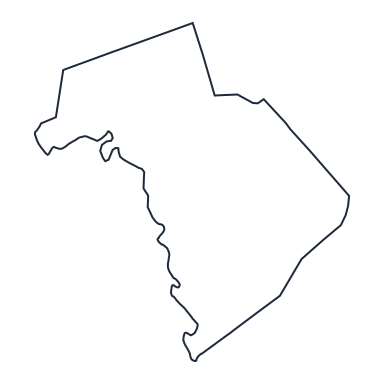 outline of Kaedi, Gorgol, Mauritania
{"feature_id": "47542326B29120201182559", "entity_name": "Kaedi", "entity_type": "district", "adm_level": 2, "iso_a3": "MRT", "parent_name": "Mauritania", "parent_adm1": "Gorgol", "projection": "equal_earth", "projection_center": [-13.341, 16.007], "detail": "fine", "context": "isolated", "style": "outline", "palette": "slate", "viewbox_px": 384, "rotation_deg": 0, "n_neighbors": 0, "source": "geoboundaries", "source_scale": "gbopen_adm2", "svg_char_len": 2684}
<svg xmlns="http://www.w3.org/2000/svg" viewBox="0 0 384 384"><path d="M65.1,69.3L63.2,70.1L55.9,117.2L41.1,123.4L39.5,126.6L36.8,130.5L35.3,131.9L34.9,133.0L35.0,134.5L36.8,139.9L38.6,143.8L40.1,146.0L40.7,146.9L42.5,149.2L44.0,151.1L45.5,153.1L47.7,154.8L48.7,154.0L52.1,148.3L52.9,147.4L54.1,146.9L55.6,147.7L59.8,148.9L61.8,148.7L63.7,147.7L65.5,146.6L67.5,145.0L68.6,144.0L73.2,141.3L75.9,139.8L78.4,138.0L79.8,137.4L84.7,136.2L86.4,136.4L97.3,140.9L101.1,138.8L106.0,134.6L108.1,131.4L108.8,131.4L109.9,132.3L110.7,133.0L111.7,134.3L112.1,135.9L112.7,138.0L111.2,140.7L106.5,141.5L102.0,144.8L100.2,150.8L103.0,158.0L105.3,161.2L108.6,159.7L110.4,155.3L112.6,150.0L115.4,148.0L118.3,148.2L118.4,149.2L118.6,151.1L118.8,152.5L120.1,156.7L123.5,159.5L128.7,162.6L134.0,165.3L136.3,166.5L138.5,167.8L139.5,168.1L141.9,168.9L144.2,172.1L143.8,180.1L143.8,181.5L143.5,188.3L144.9,190.7L145.5,191.5L146.8,193.4L147.7,194.7L148.1,196.2L148.1,198.0L147.7,207.2L150.1,212.1L152.3,217.0L153.6,218.9L155.0,220.8L156.7,222.6L158.7,223.9L160.0,224.3L161.3,224.3L162.8,225.3L164.0,226.9L164.2,228.2L164.3,229.4L164.0,230.5L162.7,232.8L161.1,234.5L159.9,235.9L159.1,236.9L158.9,237.7L157.8,238.6L157.5,239.4L157.9,240.3L159.2,242.5L160.3,243.2L161.6,244.5L162.7,244.6L163.5,245.1L165.3,246.6L167.1,248.2L168.3,250.6L169.0,252.6L169.3,254.6L169.3,255.7L168.9,257.3L168.5,260.8L168.0,263.0L167.9,265.1L167.9,267.1L168.8,270.2L169.7,272.0L171.3,274.5L172.8,277.0L173.6,278.1L174.3,278.3L175.7,279.1L177.0,280.5L178.8,282.6L179.8,284.8L179.4,286.1L178.8,287.1L177.8,287.5L176.6,287.1L174.8,286.2L173.8,285.3L173.2,285.2L172.6,285.2L172.0,285.8L171.5,287.9L171.2,291.0L170.9,292.1L171.1,293.3L171.9,295.5L172.5,296.2L173.2,296.5L173.7,296.6L174.9,298.0L175.6,299.0L176.8,300.5L178.9,302.8L180.2,304.2L181.5,305.3L182.3,306.2L183.6,307.2L185.4,309.3L191.7,317.2L192.4,318.5L194.0,320.1L194.5,320.6L195.3,321.7L196.3,322.7L197.3,323.7L197.7,324.9L197.5,326.1L196.9,328.6L195.4,331.6L194.8,332.9L193.0,334.2L191.7,334.9L190.9,335.3L189.6,334.6L187.4,333.3L186.1,332.7L185.4,332.8L184.7,333.2L184.3,334.1L183.7,336.3L183.5,338.1L183.3,340.0L183.9,341.9L184.8,344.2L185.5,345.5L186.5,347.2L188.8,351.3L189.4,352.5L189.9,353.9L190.6,357.5L191.7,359.5L193.1,360.4L194.6,361.0L195.8,360.9L196.3,360.6L196.4,359.6L197.0,358.1L198.7,355.8L199.5,355.2L200.9,353.9L201.5,353.9L228.0,334.5L228.8,334.1L234.4,329.7L256.8,312.9L279.9,295.8L301.6,259.0L322.8,240.3L340.9,225.1L345.7,215.1L348.1,205.9L349.1,195.9L309.6,150.5L290.2,129.1L286.0,123.3L263.7,99.2L257.8,103.3L252.9,103.0L237.4,94.5L214.7,95.5L203.0,55.3L192.7,23.0L110.7,52.6L77.9,64.6L65.1,69.3Z" fill="none" stroke="#1e293b" stroke-width="2"/></svg>